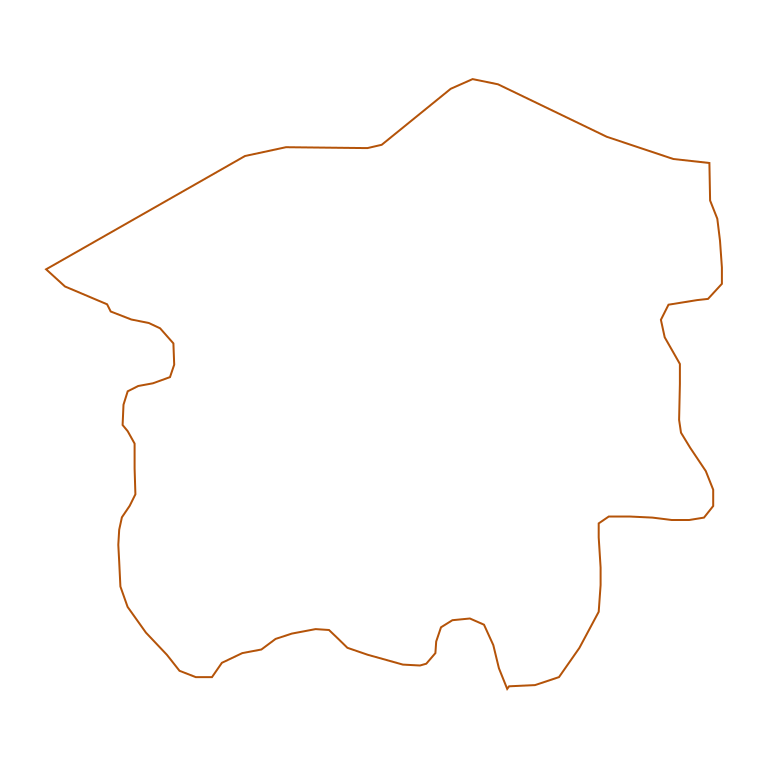 Staro Nagoričane, Natural Earth projection
{"feature_id": "MKD-2910", "entity_name": "Staro Nagoričane", "entity_type": "Statistical Region", "adm_level": 1, "iso_a3": "MKD", "parent_name": "North Macedonia", "parent_adm1": "", "projection": "natural_earth1", "projection_center": [21.9, 42.216], "detail": "fine", "context": "isolated", "style": "outline", "palette": "amber", "viewbox_px": 768, "rotation_deg": 0, "n_neighbors": 0, "source": "natural_earth", "source_scale": "10m", "svg_char_len": 1309}
<svg xmlns="http://www.w3.org/2000/svg" viewBox="0 0 768 768"><path d="M472.6,79.1L498.0,84.3L606.8,136.8L673.3,159.0L709.4,163.0L710.1,200.5L717.3,218.7L720.0,240.7L721.9,267.5L721.9,283.8L708.0,298.9L697.1,300.1L668.5,304.7L660.9,319.8L664.7,337.3L674.0,353.6L679.9,364.0L679.9,383.9L679.1,419.9L681.0,432.7L690.2,447.8L705.8,471.1L713.2,489.7L713.2,506.0L704.0,517.6L689.2,520.0L671.7,520.0L665.4,519.2L652.4,517.6L629.2,516.5L608.8,516.5L598.7,523.4L598.7,537.4L600.6,567.6L600.6,585.1L598.7,611.8L579.4,647.9L559.0,677.1L535.0,685.1L509.1,686.3L507.2,688.9L498.9,668.2L493.3,645.1L484.0,624.7L469.9,618.5L452.4,620.2L441.0,627.3L436.2,641.5L435.4,653.1L426.3,663.7L420.0,665.5L402.9,664.6L367.8,654.8L347.4,647.8L338.3,638.9L329.0,630.0L315.6,629.1L291.8,633.6L275.6,638.9L261.4,649.5L242.3,653.1L221.9,662.8L212.0,677.1L195.7,677.1L179.5,670.8L166.9,654.8L145.9,632.6L127.6,606.9L120.4,586.5L119.2,561.7L118.3,544.8L119.2,529.7L121.9,517.3L129.7,505.8L135.4,494.3L134.6,468.5L134.6,443.6L127.7,431.2L122.6,425.0L123.5,404.7L127.7,391.3L138.2,386.0L152.9,383.3L170.0,377.1L174.2,364.7L173.4,343.4L160.1,328.3L148.8,323.0L131.3,319.5L110.7,311.5L107.1,304.3L65.0,286.5L46.1,269.3L245.0,156.0L286.0,147.2L367.4,148.1L381.7,144.8L450.7,88.8L472.6,79.1Z" fill="none" stroke="#b45309" stroke-width="2"/></svg>